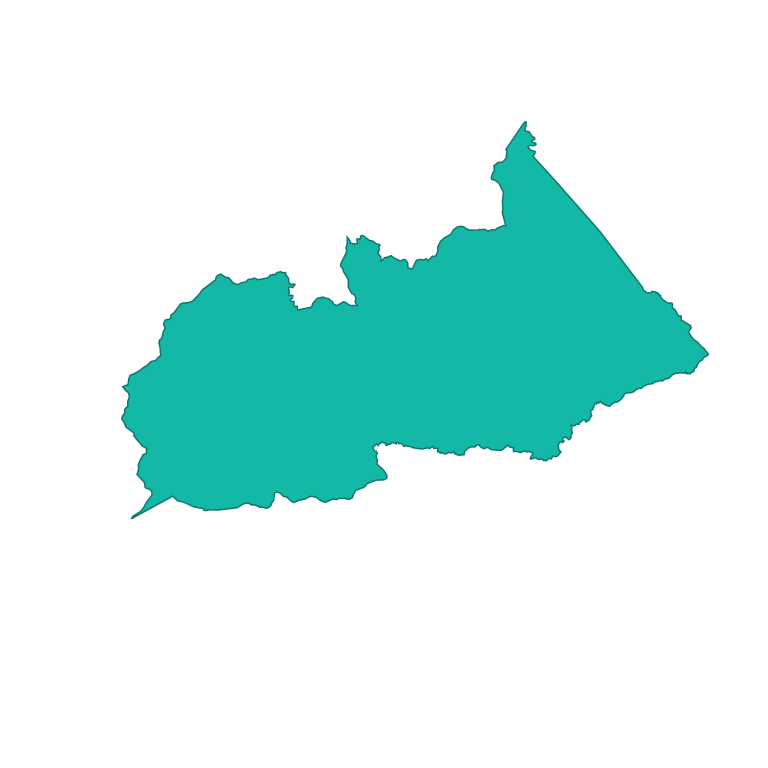 Tiquiso, Bolívar, Colombia (Natural Earth projection), rotated 49°
{"feature_id": "7082276B69446027092984", "entity_name": "Tiquiso", "entity_type": "district", "adm_level": 2, "iso_a3": "COL", "parent_name": "Colombia", "parent_adm1": "Bolívar", "projection": "natural_earth1", "projection_center": [-74.278, 8.471], "detail": "fine", "context": "isolated", "style": "filled", "palette": "teal", "viewbox_px": 768, "rotation_deg": 49, "n_neighbors": 0, "source": "geoboundaries", "source_scale": "gbopen_adm2", "svg_char_len": 6170}
<svg xmlns="http://www.w3.org/2000/svg" viewBox="0 0 768 768"><g transform="rotate(49 384 384)"><path d="M195.0,442.9L193.7,459.3L195.0,464.1L195.9,474.0L194.6,477.7L190.9,482.8L190.1,485.1L192.5,495.7L192.2,499.3L194.4,501.9L194.1,504.0L192.4,506.4L192.3,507.6L194.3,511.2L198.3,512.6L199.7,516.2L203.8,521.9L203.6,524.4L205.1,526.7L209.9,529.3L216.1,534.0L215.8,536.9L216.4,541.1L214.3,545.0L214.6,552.0L213.9,553.2L213.6,559.1L212.6,564.8L210.9,569.9L212.8,573.4L216.5,577.5L214.6,583.0L220.2,583.2L222.9,582.6L226.5,584.4L229.2,589.0L232.6,591.8L233.0,596.4L235.6,598.3L236.9,603.1L238.8,605.1L242.4,605.3L247.2,607.0L257.4,604.8L259.1,606.9L260.7,606.4L262.1,607.0L272.2,607.0L277.0,605.5L280.4,608.7L279.3,612.3L283.4,622.0L287.5,625.3L290.3,629.8L301.2,629.4L305.6,632.2L310.8,629.6L313.4,630.1L315.7,632.2L317.6,641.2L320.1,647.9L320.4,651.8L319.1,660.1L319.9,663.2L330.1,616.9L336.4,616.5L342.0,612.6L352.0,608.1L359.5,602.1L361.3,602.7L362.3,601.8L364.7,597.9L370.2,592.0L381.0,576.0L382.0,569.7L383.3,566.3L385.4,564.2L387.8,563.6L391.6,560.1L395.6,558.6L397.2,556.5L400.9,554.1L401.6,551.1L401.3,548.4L400.2,547.2L399.2,543.2L394.7,538.6L394.6,537.4L395.4,535.7L398.0,534.0L402.6,533.7L405.8,531.5L411.6,530.9L414.3,529.9L416.0,524.3L419.1,518.9L419.9,515.0L421.3,512.1L425.8,509.2L430.4,508.4L434.9,505.9L437.2,498.1L440.4,495.2L440.6,493.3L444.3,489.0L448.4,485.8L449.1,482.5L447.4,479.8L445.7,475.1L448.6,467.5L448.8,465.5L448.1,462.0L451.4,453.1L456.2,447.0L457.1,443.8L455.0,441.8L448.6,440.8L439.7,441.9L437.4,439.2L432.9,437.2L432.0,434.6L429.9,433.9L428.8,435.0L425.4,434.6L424.1,432.5L424.6,431.0L424.3,429.5L424.5,428.7L426.7,428.7L426.0,427.1L426.6,423.1L427.9,423.1L428.9,421.9L429.7,422.3L430.4,421.6L431.8,422.5L432.4,421.7L432.0,420.5L433.5,419.3L433.5,416.5L435.3,414.6L437.2,414.2L436.6,412.8L437.1,412.0L437.7,411.6L438.8,412.0L439.5,410.5L441.1,409.5L444.1,410.0L445.2,407.6L446.6,407.0L447.3,405.8L451.3,403.8L457.9,398.1L460.2,394.0L461.4,392.5L462.6,392.1L463.1,388.0L465.2,388.7L468.0,385.4L470.3,388.0L472.2,386.3L473.1,386.9L473.7,385.4L477.1,383.8L478.2,379.7L479.9,378.8L481.4,375.4L482.9,376.5L486.6,374.5L489.9,370.1L487.8,367.2L487.6,363.1L488.5,359.6L491.3,356.5L490.9,354.5L491.7,352.7L492.6,351.7L493.9,352.5L498.2,351.3L499.8,347.3L504.1,346.0L510.4,339.7L511.2,338.2L511.4,330.4L514.0,330.5L517.2,328.1L519.3,330.3L520.3,330.3L521.8,328.0L525.2,326.2L526.7,322.0L529.2,320.6L529.9,318.8L533.1,317.3L534.2,317.4L535.8,322.1L536.9,322.6L539.0,318.1L542.2,317.0L544.3,313.7L546.4,313.8L548.4,311.8L548.4,308.1L550.3,306.8L549.0,303.7L551.3,302.5L552.2,300.4L551.5,295.4L550.9,294.9L548.9,295.5L544.4,292.7L543.1,288.9L545.1,288.0L545.5,286.0L544.9,285.5L543.2,286.0L542.2,284.8L542.9,281.8L547.3,281.0L547.5,278.5L545.7,277.0L544.1,273.6L541.7,272.8L540.4,271.0L537.8,269.8L539.9,268.6L540.7,266.5L540.5,265.0L542.4,263.2L541.5,262.1L541.8,256.7L543.0,256.0L545.2,256.5L545.7,252.7L544.4,249.7L544.3,248.1L540.0,246.2L540.2,243.3L537.0,237.3L538.5,236.6L537.8,235.0L539.2,234.5L539.0,231.9L540.7,232.3L545.5,230.5L548.8,228.5L548.8,223.4L549.4,222.1L548.7,221.2L550.2,220.6L550.8,219.4L551.1,215.7L550.3,210.9L549.2,209.1L549.4,207.8L552.7,203.0L553.8,200.2L553.5,197.9L554.5,194.3L556.1,192.8L556.1,189.2L557.2,185.4L560.1,180.7L559.7,178.6L561.3,176.5L562.7,172.8L564.3,172.2L564.9,167.2L566.0,166.7L566.6,164.8L566.2,160.0L567.4,156.6L569.0,154.8L569.3,153.5L572.2,150.9L573.1,148.2L573.9,148.3L573.7,149.2L574.2,149.3L577.3,146.0L576.9,144.2L577.9,142.1L575.8,139.1L576.4,137.8L573.9,132.1L574.5,128.2L573.8,125.3L574.6,120.9L574.3,119.6L566.7,119.2L564.2,119.9L558.7,119.9L553.7,121.0L550.0,121.0L544.6,120.3L543.2,115.4L541.0,114.4L530.5,117.7L527.6,115.1L525.8,117.2L519.4,115.7L515.5,116.3L513.2,114.0L511.9,113.6L508.9,116.8L504.1,118.1L500.0,118.4L498.7,117.2L496.3,118.1L494.9,117.5L493.9,118.8L492.9,118.6L489.9,120.9L490.1,122.4L488.4,125.6L483.4,126.6L480.3,125.5L411.4,121.0L341.9,121.4L309.9,122.2L308.9,118.8L307.6,117.4L303.6,120.0L299.2,119.6L299.5,117.7L302.7,114.1L303.1,112.4L302.6,111.8L301.5,111.7L298.8,113.6L297.7,113.5L297.4,112.8L298.3,109.9L297.1,108.9L294.1,109.7L288.7,109.0L286.4,110.9L284.5,111.1L282.0,107.0L279.3,104.8L278.6,106.0L279.3,109.3L287.0,138.1L288.8,138.3L293.8,143.7L294.4,149.1L291.6,152.5L291.5,158.0L295.5,160.7L296.0,163.5L298.6,167.5L300.1,168.5L303.0,166.5L307.6,165.5L317.6,168.0L323.9,174.9L328.9,178.6L332.5,182.4L344.7,188.4L342.8,189.9L340.7,196.4L340.6,199.3L338.4,201.3L336.7,205.3L332.9,206.9L331.8,208.9L330.1,210.4L329.3,212.5L323.3,219.1L316.8,221.2L314.7,223.5L313.4,226.6L313.3,230.4L314.8,235.4L313.3,242.9L313.4,247.4L315.7,253.4L318.9,256.0L321.3,260.6L321.2,261.5L319.4,263.6L319.8,269.7L317.0,270.0L316.8,272.3L313.7,275.0L312.2,277.3L312.1,279.0L315.6,286.6L315.4,287.4L312.1,289.8L308.1,286.6L303.8,286.5L302.7,287.9L302.5,290.0L301.6,291.1L294.9,294.0L291.8,294.4L290.3,298.8L289.0,300.7L289.6,304.4L289.2,305.6L286.2,303.2L281.0,302.6L279.8,299.6L277.6,298.6L276.7,296.1L276.0,295.7L273.7,297.7L269.0,298.6L266.1,300.8L258.3,302.5L257.1,303.7L257.1,304.5L259.1,307.3L256.8,308.9L257.3,309.8L260.2,311.3L259.9,313.5L255.9,316.8L252.8,315.6L249.0,315.5L253.7,319.3L256.2,323.3L258.8,324.7L260.3,326.5L264.7,337.3L266.5,339.3L270.0,339.5L272.2,340.7L281.9,342.5L287.5,347.4L294.5,349.0L295.2,348.3L298.2,347.9L300.3,348.7L302.6,351.0L302.8,351.9L307.3,352.5L303.3,357.3L301.1,358.7L297.7,359.3L295.3,360.7L294.0,368.1L290.9,369.7L287.9,369.0L283.0,370.0L280.9,371.9L278.5,372.8L275.6,378.1L276.4,384.8L278.1,387.5L278.0,389.1L271.4,400.6L268.3,398.4L266.9,400.5L265.8,400.8L262.7,397.8L260.4,400.1L259.1,400.2L259.0,396.7L257.8,395.0L256.7,395.2L254.8,397.5L253.7,397.2L252.3,394.9L248.6,392.8L249.0,391.2L251.4,389.7L250.5,385.9L249.7,386.2L247.5,388.9L245.8,389.6L241.4,386.7L236.9,386.4L235.4,385.2L233.1,387.9L231.6,388.1L229.7,391.7L230.0,395.0L228.4,395.9L228.1,397.5L227.2,398.4L227.8,401.9L222.5,411.0L220.2,411.6L218.5,413.2L218.4,415.0L217.4,415.7L216.1,418.0L216.1,421.9L214.3,424.7L213.0,429.3L208.9,431.5L201.8,431.5L199.9,433.4L194.0,435.1L193.1,437.3L193.0,440.1L195.0,442.9Z" fill="#14b8a6" stroke="#0f766e" stroke-width="1.5"/></g></svg>